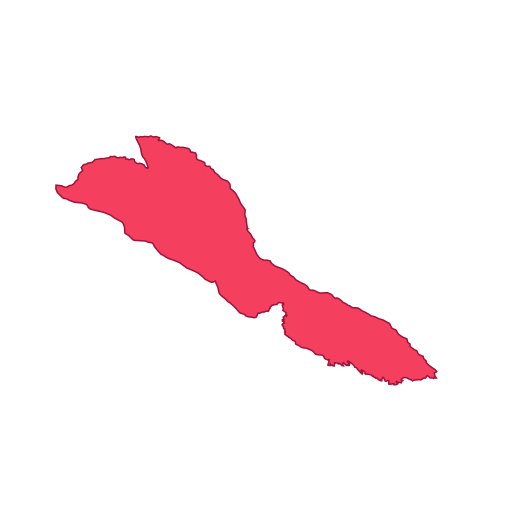 outline of Los Patios, Norte de Santander, Colombia, rotated 111°
{"feature_id": "7082276B52790830611795", "entity_name": "Los Patios", "entity_type": "district", "adm_level": 2, "iso_a3": "COL", "parent_name": "Colombia", "parent_adm1": "Norte de Santander", "projection": "equal_earth", "projection_center": [-72.512, 7.753], "detail": "fine", "context": "isolated", "style": "filled", "palette": "rose", "viewbox_px": 512, "rotation_deg": 111, "n_neighbors": 0, "source": "geoboundaries", "source_scale": "gbopen_adm2", "svg_char_len": 6073}
<svg xmlns="http://www.w3.org/2000/svg" viewBox="0 0 512 512"><g transform="rotate(111 256 256)"><path d="M261.5,468.1L265.0,466.9L267.9,464.2L270.9,457.5L271.0,455.6L270.6,454.2L270.6,452.6L270.9,450.6L270.9,445.1L268.8,437.1L268.6,433.0L268.9,432.1L271.0,429.6L271.6,427.2L269.8,413.8L269.9,406.6L271.3,401.7L272.2,393.6L272.7,392.2L276.2,389.1L281.5,386.7L281.9,385.6L282.5,382.1L284.8,377.2L285.0,375.2L281.7,364.9L281.7,361.6L281.0,357.6L281.6,356.2L283.3,354.5L284.7,352.4L288.3,345.6L288.6,342.8L289.4,339.3L289.7,335.6L289.4,332.5L289.6,324.7L292.0,316.4L292.2,308.1L292.7,303.8L294.7,297.8L295.8,295.5L296.5,290.2L296.4,287.7L294.1,284.9L296.2,283.2L298.6,280.6L304.1,276.9L305.8,273.4L307.0,269.3L308.6,266.0L309.0,263.7L310.5,259.6L312.3,255.5L314.5,251.6L314.9,250.3L314.6,245.7L315.5,244.4L315.5,241.5L314.5,237.5L314.4,236.1L313.7,234.5L312.6,233.7L308.6,233.6L308.3,232.2L305.9,229.8L305.5,228.4L303.6,226.4L303.4,225.0L302.9,224.5L301.2,224.6L299.7,224.1L298.9,224.6L297.9,223.8L296.4,223.5L295.7,222.3L295.2,222.1L293.7,219.1L292.2,218.7L291.1,217.8L291.1,216.9L290.7,216.5L290.6,214.5L290.0,213.9L291.0,212.8L291.5,213.1L291.9,213.9L292.4,213.9L295.6,211.5L297.2,211.4L298.1,207.5L299.7,207.3L300.0,206.5L300.6,205.9L301.5,206.1L301.2,207.6L302.7,208.1L303.3,208.7L303.9,208.1L304.8,207.9L305.3,206.9L305.7,207.0L306.0,208.1L306.8,206.8L307.3,207.8L308.3,205.4L310.1,207.0L310.9,207.0L311.6,206.4L311.9,205.2L313.6,204.4L313.7,203.0L314.6,203.1L315.0,202.2L316.1,202.1L316.6,201.3L317.2,201.7L317.9,201.1L318.9,200.8L319.1,199.3L319.6,198.3L319.6,197.3L320.2,196.5L320.0,195.5L320.4,194.9L320.4,194.0L321.5,191.8L321.7,188.9L321.9,188.5L323.8,187.6L324.2,186.9L324.2,183.9L325.0,180.9L324.7,178.5L324.0,176.1L324.2,170.1L324.6,168.4L326.4,165.2L325.7,161.5L324.7,158.8L325.3,156.8L326.9,155.6L327.4,153.7L327.2,151.3L326.7,151.2L326.5,150.4L332.1,149.8L331.9,147.6L330.3,147.7L330.7,147.2L330.6,145.6L331.0,145.6L330.8,143.7L327.6,144.2L327.6,143.6L327.1,143.4L326.8,141.9L327.2,140.6L326.9,139.6L326.5,139.9L326.3,138.6L326.7,137.6L327.2,137.3L327.1,136.8L327.5,136.5L327.2,135.0L326.0,136.3L325.0,136.5L324.2,135.9L325.5,133.6L325.3,133.2L325.6,132.1L324.9,132.0L324.7,131.6L324.6,131.3L325.2,131.4L325.2,130.7L324.6,130.7L324.6,129.7L323.3,129.8L322.0,132.8L321.2,132.6L321.0,131.7L321.9,128.9L322.1,127.5L323.7,124.5L324.4,124.1L324.3,121.9L325.2,121.1L328.2,114.7L326.9,114.3L325.2,116.9L324.6,116.5L325.0,115.2L324.6,114.9L325.6,112.5L326.8,112.1L327.1,111.4L326.5,111.0L326.6,110.4L326.0,108.7L326.0,107.4L325.7,106.4L326.6,103.7L326.2,103.4L326.8,102.3L326.9,100.9L327.1,100.9L327.1,100.6L326.7,100.5L326.6,99.2L327.0,99.0L327.2,97.6L327.6,97.4L327.7,95.7L327.3,95.6L327.7,94.5L327.3,94.4L327.3,93.9L324.8,94.4L324.5,94.1L323.9,94.2L323.8,93.8L324.0,93.1L326.6,90.4L326.1,89.4L325.1,88.4L324.7,87.4L328.0,86.2L328.0,85.6L327.5,85.0L327.3,84.0L326.1,82.6L326.5,81.8L326.0,81.4L326.7,80.9L325.7,78.8L324.4,77.8L323.6,79.3L322.6,80.5L323.2,78.1L322.9,78.0L322.4,75.0L320.2,74.9L319.8,74.5L319.6,76.0L318.4,75.9L316.6,74.6L315.7,72.1L316.1,67.8L316.0,66.4L316.2,65.9L316.4,65.0L315.9,64.7L314.9,63.4L312.9,59.2L312.7,57.8L310.2,55.9L309.5,55.2L309.5,54.3L309.0,53.9L306.7,53.5L306.2,53.0L306.7,51.9L306.6,51.0L307.5,49.9L306.5,47.3L306.7,46.6L305.7,46.3L305.9,45.2L305.3,43.9L304.1,45.7L301.4,47.7L300.1,46.4L299.0,45.9L297.9,48.2L296.3,54.8L295.1,57.6L294.3,59.0L293.1,59.4L291.7,62.7L289.8,63.9L289.6,68.5L289.0,69.8L286.8,72.1L286.7,74.3L285.5,79.1L284.7,80.0L283.0,80.7L282.3,83.3L279.3,85.4L279.1,90.5L278.0,94.8L277.2,96.1L275.1,98.5L274.8,99.9L274.9,101.9L274.5,103.6L271.2,107.1L270.2,114.4L270.5,118.6L270.1,123.5L270.8,127.8L270.1,129.0L269.4,133.6L269.1,137.6L268.2,140.8L268.0,142.2L268.5,144.1L269.5,146.4L269.5,148.4L268.8,150.9L269.1,152.4L268.3,155.0L268.2,157.5L267.9,158.7L267.0,160.4L266.1,163.9L266.2,165.5L267.0,166.5L266.9,167.6L266.3,169.3L265.6,170.2L264.9,171.6L264.6,176.1L267.6,182.7L267.7,185.9L267.3,189.3L267.6,190.9L268.3,192.6L268.3,193.6L267.7,195.1L266.3,196.6L265.6,198.4L265.1,200.1L264.8,204.8L264.0,210.1L262.2,213.3L261.6,217.0L260.0,219.4L259.0,223.2L258.5,226.8L258.6,233.9L258.4,235.4L257.2,239.0L255.5,241.1L256.0,244.5L257.1,247.1L256.9,250.6L256.1,253.0L254.0,256.0L247.8,262.3L246.8,262.2L244.4,263.2L243.5,262.4L242.2,262.4L241.1,263.9L240.5,265.4L237.3,269.0L235.9,272.2L234.4,273.8L233.7,274.1L233.5,273.8L233.5,274.3L232.3,274.3L232.3,274.5L226.7,277.7L225.0,278.3L223.2,280.1L221.2,281.4L217.3,282.4L216.4,283.1L212.3,289.4L209.3,292.1L205.0,297.3L203.9,299.2L202.3,303.9L201.5,304.7L198.8,305.7L198.0,306.4L196.3,309.4L196.4,314.3L196.0,316.5L193.7,321.1L192.8,324.5L190.8,326.8L190.4,329.6L188.8,331.3L189.7,333.6L189.8,334.9L189.5,336.1L187.6,337.1L187.1,337.8L186.8,342.3L187.1,344.3L186.9,345.5L186.1,346.6L183.1,347.7L181.7,349.3L181.4,349.9L181.9,351.6L181.8,352.7L182.4,354.2L180.6,355.8L180.0,357.0L179.9,358.1L180.6,362.6L181.8,366.0L182.2,368.0L182.5,368.7L183.5,369.1L183.7,370.0L182.9,372.5L182.9,373.7L182.4,374.8L182.3,376.3L182.3,377.0L183.5,379.3L181.9,383.7L182.0,386.3L183.1,388.1L182.7,388.8L181.1,388.2L180.1,388.4L180.3,391.4L180.4,392.3L181.7,394.4L181.6,397.2L183.2,399.0L184.3,402.9L185.5,404.7L186.1,406.8L187.1,407.9L187.2,410.1L187.6,411.1L189.2,410.1L194.8,404.0L197.2,402.0L201.3,399.7L203.1,398.1L204.6,396.2L205.1,394.9L208.6,391.3L211.5,388.8L212.9,388.5L212.9,390.7L212.4,391.8L211.2,392.9L210.8,395.7L211.1,398.0L212.1,399.4L212.2,400.6L211.4,403.1L209.7,404.1L209.4,404.6L209.9,407.3L211.6,408.6L211.4,410.5L212.2,412.2L212.0,412.6L210.5,413.1L210.5,413.8L211.2,415.2L211.8,415.5L212.5,418.1L213.8,420.0L213.9,421.4L213.5,423.6L214.9,426.0L215.2,427.4L215.5,427.8L216.5,427.7L216.9,428.1L218.0,430.4L219.5,432.7L220.9,436.2L221.7,437.2L223.6,440.8L227.2,442.4L229.6,446.3L231.1,447.4L232.2,449.3L233.5,450.2L235.0,450.4L236.0,450.9L238.4,448.5L242.1,450.4L243.4,450.6L245.9,450.6L247.9,449.6L251.2,451.4L253.5,451.8L256.1,453.5L257.0,455.4L259.4,457.2L260.1,458.5L260.3,460.0L260.1,462.6L261.5,468.1Z" fill="#f43f5e" stroke="#9f1239" stroke-width="1.5"/></g></svg>